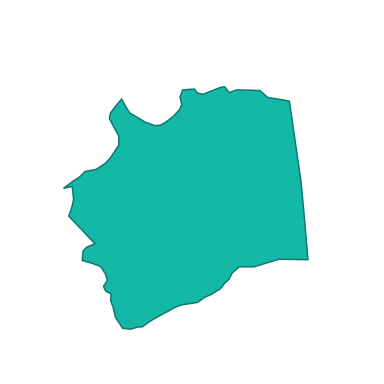 Bom Sucesso, Paraíba, Brazil, rotated 331°
{"feature_id": "56859067B88877822125825", "entity_name": "Bom Sucesso", "entity_type": "district", "adm_level": 2, "iso_a3": "BRA", "parent_name": "Brazil", "parent_adm1": "Paraíba", "projection": "mercator", "projection_center": [-37.966, -6.47], "detail": "fine", "context": "isolated", "style": "filled", "palette": "teal", "viewbox_px": 384, "rotation_deg": 331, "n_neighbors": 0, "source": "geoboundaries", "source_scale": "gbopen_adm2", "svg_char_len": 1085}
<svg xmlns="http://www.w3.org/2000/svg" viewBox="0 0 384 384"><g transform="rotate(331 192 192)"><path d="M62.8,198.7L69.6,205.5L75.9,212.7L76.6,221.9L75.2,228.2L68.8,231.7L68.5,237.0L71.8,241.8L68.1,247.9L67.1,254.7L64.3,264.5L65.3,277.6L71.6,282.2L78.9,283.7L83.2,285.9L92.2,284.7L105.0,284.5L115.9,284.7L122.7,284.7L128.8,285.9L135.0,288.2L143.5,291.3L152.3,290.2L159.8,291.0L170.3,290.3L176.6,287.4L181.9,286.4L187.6,282.4L197.1,280.3L210.1,287.5L235.5,293.0L260.6,307.4L280.6,262.7L292.4,235.7L321.2,159.8L316.0,155.3L304.1,146.2L300.6,136.2L289.9,129.8L280.6,124.3L272.8,123.2L271.5,115.7L267.0,114.2L249.1,111.9L244.8,108.2L244.0,103.1L233.3,98.2L227.5,103.1L225.4,110.6L221.0,113.9L211.9,116.9L202.7,118.2L196.6,118.2L191.7,115.9L185.1,108.4L175.8,92.5L175.4,85.7L175.5,76.6L165.6,80.4L159.0,83.4L155.3,87.7L155.0,107.6L150.6,115.6L136.8,122.7L130.7,124.8L123.0,125.5L118.4,125.6L108.7,122.2L99.7,124.6L93.6,124.8L81.4,126.5L89.9,129.1L84.8,141.2L79.4,147.2L72.5,153.3L82.1,190.3L73.1,189.1L68.0,190.9L62.8,198.7Z" fill="#14b8a6" stroke="#0f766e" stroke-width="1.5"/></g></svg>